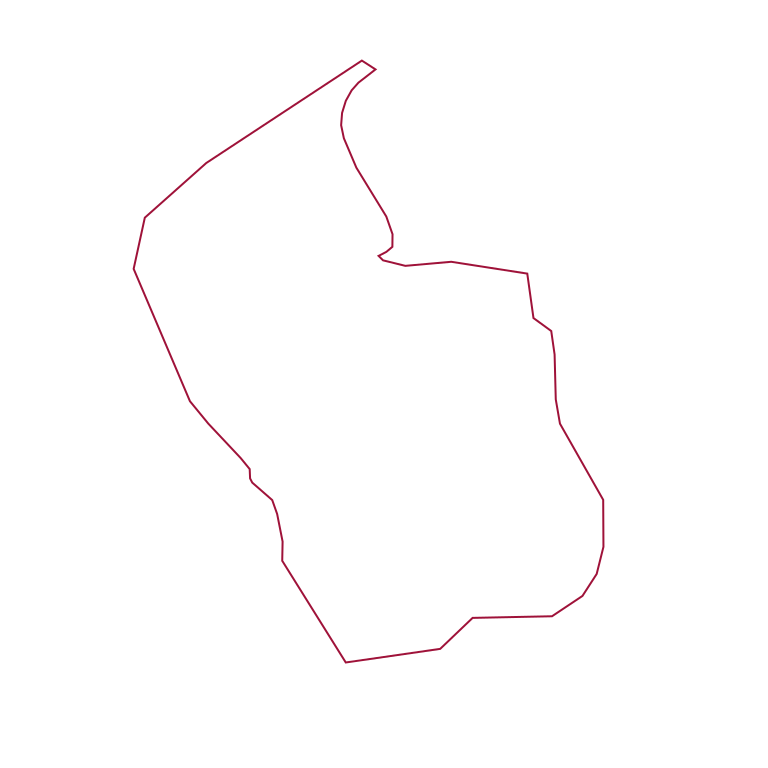 an SVG outline of Žalec, rotated 148°
{"feature_id": "SVN-224", "entity_name": "Žalec", "entity_type": "Statistical Region", "adm_level": 1, "iso_a3": "SVN", "parent_name": "Slovenia", "parent_adm1": "", "projection": "natural_earth1", "projection_center": [15.16, 46.26], "detail": "fine", "context": "isolated", "style": "outline", "palette": "rose", "viewbox_px": 768, "rotation_deg": 148, "n_neighbors": 0, "source": "natural_earth", "source_scale": "10m", "svg_char_len": 704}
<svg xmlns="http://www.w3.org/2000/svg" viewBox="0 0 768 768"><g transform="rotate(148 384 384)"><path d="M564.0,168.1L564.0,288.0L553.5,304.1L543.5,330.4L540.3,344.8L548.0,370.2L547.6,374.9L543.0,383.0L544.8,397.2L554.0,443.5L557.7,472.2L535.3,614.3L498.7,651.8L417.6,665.6L231.4,670.0L224.5,655.3L246.0,653.1L255.8,650.2L266.3,644.4L275.9,636.1L283.2,626.2L287.8,613.7L292.8,582.1L293.3,524.8L297.4,506.5L304.2,495.9L312.0,494.8L320.7,495.5L319.3,489.4L303.3,472.9L262.2,452.0L204.0,401.7L222.3,360.7L214.1,340.3L223.7,318.6L246.5,279.9L255.8,257.1L259.5,169.6L284.2,129.6L304.3,110.2L328.0,99.1L364.6,98.0L432.8,138.7L476.7,129.6L564.0,168.1Z" fill="none" stroke="#9f1239" stroke-width="2"/></g></svg>